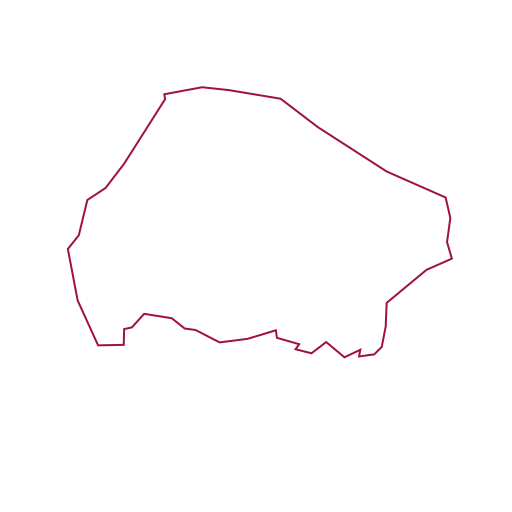 outline of Roane, West Virginia, United States of America, rotated 117°
{"feature_id": "52423323B60388203244476", "entity_name": "Roane", "entity_type": "district", "adm_level": 2, "iso_a3": "USA", "parent_name": "United States of America", "parent_adm1": "West Virginia", "projection": "albers", "projection_center": [-81.306, 38.732], "detail": "fine", "context": "isolated", "style": "outline", "palette": "rose", "viewbox_px": 512, "rotation_deg": 117, "n_neighbors": 0, "source": "geoboundaries", "source_scale": "gbopen_adm2", "svg_char_len": 679}
<svg xmlns="http://www.w3.org/2000/svg" viewBox="0 0 512 512"><g transform="rotate(117 256 256)"><path d="M133.9,100.1L117.8,113.6L121.4,177.9L113.1,259.5L104.7,305.5L120.5,355.5L130.1,380.6L144.4,399.3L153.5,411.1L157.6,408.2L233.6,415.4L263.6,420.9L282.7,431.7L317.9,423.3L335.2,426.8L376.6,394.7L407.3,356.1L395.2,333.5L381.0,340.3L376.0,334.2L358.3,329.4L349.7,302.7L353.0,286.7L349.4,276.3L349.5,249.2L333.8,226.1L313.2,204.6L319.4,200.2L315.0,177.5L321.1,178.4L317.5,162.4L300.8,154.4L306.1,131.2L292.2,120.5L298.7,118.6L290.0,106.0L279.9,102.7L260.0,108.4L238.4,118.3L190.9,97.8L169.4,80.3L156.9,92.1L133.9,100.1Z" fill="none" stroke="#9f1239" stroke-width="2"/></g></svg>